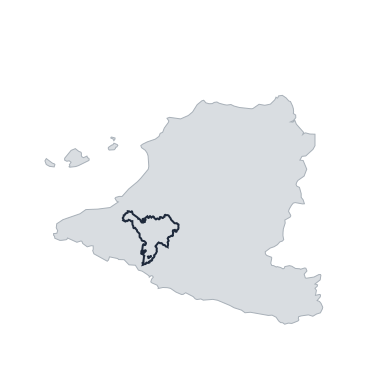 location of Zaragoza within Spain, rotated 191°
{"feature_id": "ESP-5853", "entity_name": "Zaragoza", "entity_type": "Autonomous Community", "adm_level": 1, "iso_a3": "ESP", "parent_name": "Spain", "parent_adm1": "", "projection": "mercator", "projection_center": [-1.121, 41.843], "detail": "fine", "context": "in_parent", "style": "outline", "palette": "slate", "viewbox_px": 384, "rotation_deg": 191, "n_neighbors": 0, "source": "natural_earth", "source_scale": "10m", "svg_char_len": 9225}
<svg xmlns="http://www.w3.org/2000/svg" viewBox="0 0 384 384"><g transform="rotate(191 192 192)"><path d="M206.8,90.8L206.8,91.9L208.6,93.9L213.9,95.1L215.3,95.9L215.0,98.7L213.7,101.1L214.9,102.1L216.2,102.1L217.7,100.2L218.1,101.4L220.5,102.6L225.9,104.8L229.7,105.1L233.6,109.3L239.9,108.5L245.7,112.6L251.1,111.7L252.3,112.5L260.6,112.6L261.0,109.3L262.0,107.9L276.5,112.6L278.3,115.5L278.0,116.9L278.7,120.2L280.6,120.1L284.4,118.2L289.4,120.6L290.7,122.6L291.7,122.7L295.4,120.7L305.4,123.1L305.8,121.6L306.5,121.1L310.7,119.7L312.5,119.3L317.8,120.4L318.5,122.3L319.5,123.0L320.0,124.7L316.8,125.7L316.5,128.5L318.4,130.9L318.7,135.0L313.3,140.3L297.9,149.2L292.8,154.5L281.3,157.2L269.5,161.1L262.4,168.2L264.3,168.7L266.4,171.1L265.7,172.2L262.6,173.8L259.8,174.3L254.7,182.9L247.5,191.7L244.9,195.7L239.3,206.0L239.3,208.9L242.0,219.1L243.6,221.8L245.8,224.0L250.0,225.9L251.1,227.8L249.6,229.5L245.4,232.7L238.1,236.9L235.0,240.3L234.4,243.5L232.2,245.0L231.4,249.5L228.5,255.7L228.3,257.3L230.6,259.6L228.3,261.0L217.1,261.6L210.2,266.4L206.7,270.7L203.6,278.7L199.7,283.4L198.0,284.3L195.4,282.2L192.2,281.9L189.0,282.6L187.3,284.2L184.7,285.1L182.2,284.3L176.7,283.9L174.3,284.0L170.5,285.3L167.2,284.4L161.7,284.0L149.7,285.0L148.2,285.5L142.9,290.9L137.1,291.0L131.8,293.2L128.3,298.3L127.6,301.1L126.6,300.5L125.8,300.7L125.4,302.8L121.8,304.1L117.7,302.4L114.3,299.8L112.6,299.6L109.7,295.6L108.4,293.1L107.6,290.3L107.5,288.4L104.9,287.3L104.3,284.7L106.2,281.4L108.7,279.6L106.3,279.8L104.7,281.9L102.5,278.5L93.8,271.8L94.3,269.5L92.8,271.2L91.8,271.7L87.4,271.4L82.3,272.2L80.1,260.9L81.4,256.9L87.2,249.1L90.8,248.0L92.2,243.9L88.9,244.1L83.7,236.3L85.0,229.0L90.3,223.5L91.1,221.3L91.3,219.3L90.3,217.8L87.4,217.0L84.5,211.2L83.8,207.6L81.4,205.5L79.4,201.9L81.2,201.4L88.7,201.3L90.5,200.4L91.8,198.0L93.2,194.0L93.6,191.5L90.7,188.0L90.5,187.3L90.9,186.1L95.5,182.2L94.6,179.3L95.3,173.1L94.9,169.5L94.4,166.5L92.9,162.7L93.9,161.1L96.2,159.8L98.1,156.6L100.9,154.0L104.5,151.9L108.7,147.3L108.1,145.2L106.6,144.0L101.4,143.1L101.1,142.1L101.1,137.1L99.7,135.1L97.8,135.3L95.0,134.4L94.3,135.0L90.6,134.8L88.0,133.9L86.9,134.7L86.6,136.5L82.3,138.3L79.9,138.2L75.9,136.7L71.4,137.2L70.8,136.8L67.0,138.9L65.7,138.9L64.1,136.4L66.2,132.8L64.4,129.3L63.2,129.2L56.0,131.8L51.8,135.1L50.2,135.5L49.6,134.9L49.4,130.2L53.8,125.1L51.0,124.8L51.1,123.3L52.9,121.0L51.1,119.2L51.1,114.1L47.2,115.8L46.2,115.5L46.1,113.5L48.5,109.3L46.0,108.9L44.1,107.3L41.7,103.9L41.7,102.2L42.9,97.9L46.4,96.0L49.7,93.1L54.3,93.6L61.2,91.2L63.6,89.9L63.5,88.1L62.7,86.8L63.4,85.6L69.0,82.0L72.4,81.7L75.8,79.9L78.1,81.0L80.1,80.7L82.4,82.0L85.5,85.1L89.9,86.4L93.5,85.4L111.7,85.1L116.9,83.6L120.9,85.5L128.6,86.4L133.3,87.9L146.2,90.6L150.9,90.6L160.3,88.0L162.9,88.7L166.6,87.4L168.4,87.7L170.8,89.5L179.0,91.9L181.2,89.8L182.8,89.4L188.7,90.7L194.7,93.3L197.8,93.4L202.4,92.7L206.8,90.8ZM316.4,198.2L318.5,199.2L320.7,198.3L321.9,198.6L323.1,199.0L323.4,200.9L318.6,209.8L314.8,212.3L310.9,210.3L308.7,209.9L308.0,209.1L307.5,206.3L306.5,205.4L305.0,205.0L302.0,207.2L301.1,205.7L299.7,205.4L299.2,204.5L299.2,203.3L308.4,196.3L311.0,194.8L316.7,193.0L317.5,193.3L316.8,194.3L317.6,195.3L316.4,198.2ZM342.3,194.5L341.4,197.0L334.6,193.7L332.4,193.3L331.8,192.8L332.1,190.3L336.7,190.0L340.3,191.2L342.3,194.5ZM278.7,223.2L277.9,225.0L274.5,224.3L273.7,223.6L274.5,221.7L275.4,221.4L275.5,220.0L276.5,218.6L281.3,217.4L282.4,218.4L282.6,219.8L279.7,222.8L278.7,223.2ZM282.0,230.2L281.4,230.6L277.8,230.3L277.7,229.1L278.5,227.5L279.8,229.1L281.9,229.4L282.0,230.2Z" fill="#d9dde1" stroke="#a8b0b8" stroke-width="1"/><path d="M222.7,114.0L223.2,114.0L223.4,113.8L223.5,113.6L223.6,113.2L223.6,112.8L223.7,112.6L223.9,112.4L224.9,112.1L225.2,112.0L225.5,111.8L226.1,111.2L226.5,111.0L226.4,111.9L226.4,112.1L227.0,112.7L227.1,112.9L227.0,113.2L226.7,113.4L226.2,113.5L226.1,113.8L226.5,114.9L226.7,118.5L226.9,119.2L226.9,119.4L226.8,119.6L226.6,120.1L226.6,120.3L227.9,121.1L228.1,121.7L228.1,121.9L228.0,122.3L226.1,125.2L226.1,125.5L226.3,125.7L226.5,125.9L226.8,125.9L227.0,125.7L227.1,125.1L227.3,125.0L227.5,124.9L227.9,124.9L228.2,125.1L228.3,125.1L228.5,125.1L228.7,124.8L229.4,123.0L229.4,122.7L229.2,121.9L229.2,121.7L229.3,121.6L229.8,121.6L230.0,121.8L230.2,122.1L230.2,123.1L230.4,124.1L230.4,124.4L230.3,124.6L230.0,125.2L229.8,125.6L230.1,130.3L230.0,130.7L229.8,131.2L229.6,131.5L229.2,131.6L228.7,131.1L228.6,130.9L228.4,130.9L228.2,130.9L227.9,131.0L227.6,131.5L227.4,132.5L227.4,133.0L227.6,133.4L229.3,134.6L231.8,134.7L232.1,134.9L233.1,136.7L234.3,137.3L234.7,137.6L234.9,138.1L235.4,140.6L235.5,140.9L235.7,141.2L238.1,142.7L238.3,142.9L238.8,144.1L239.0,144.3L239.6,144.6L240.9,145.9L241.1,146.0L241.3,145.9L241.9,145.4L242.2,145.4L242.5,145.5L242.7,145.8L242.9,146.2L243.2,147.4L244.0,148.3L244.3,148.9L245.0,152.0L245.9,151.7L246.3,151.7L246.6,151.9L246.9,152.2L247.0,152.3L248.9,152.6L249.5,151.5L250.2,151.0L250.6,151.3L251.4,151.1L251.9,150.3L254.1,151.0L253.8,151.5L253.8,152.0L254.0,152.1L254.4,152.3L254.7,152.6L254.9,153.0L255.0,153.5L254.4,154.7L254.4,155.4L254.6,156.1L254.3,156.3L254.1,156.4L253.7,156.7L253.5,156.9L253.4,157.1L253.4,157.3L253.4,157.6L253.2,158.1L253.1,158.3L252.9,158.4L252.7,158.5L252.3,158.6L252.2,158.8L252.0,159.1L251.8,159.1L251.6,159.1L251.3,159.3L251.2,159.4L251.2,159.7L251.1,159.9L251.1,160.1L251.2,160.3L251.3,160.5L251.4,160.9L250.3,161.0L249.8,161.0L249.2,160.7L248.2,160.7L248.0,160.8L247.9,160.9L247.8,161.0L247.6,161.4L247.5,161.5L247.1,161.4L246.2,159.4L245.8,159.0L240.6,156.6L239.6,155.4L239.1,155.8L237.6,154.9L237.0,154.2L236.8,153.7L236.7,153.6L236.3,153.6L236.1,153.5L236.1,153.3L235.9,152.8L235.8,152.6L235.6,152.5L234.4,152.6L234.1,152.7L234.1,153.0L234.2,153.4L235.0,154.8L235.3,155.6L235.3,155.8L235.3,156.0L235.1,156.2L234.9,156.3L234.8,156.1L233.2,153.5L233.0,153.4L232.8,153.4L232.6,153.5L232.6,153.8L232.7,155.6L232.3,155.9L233.1,157.3L231.2,159.6L230.2,158.4L229.9,158.2L229.7,158.2L229.4,158.5L229.0,160.0L228.8,160.2L228.5,160.3L228.3,160.2L227.0,159.1L225.8,160.5L225.6,160.6L225.4,160.6L224.6,160.2L224.4,159.9L224.4,159.6L222.5,158.3L222.2,158.2L222.0,158.3L221.7,158.9L220.9,159.4L220.7,159.4L219.6,158.9L219.2,158.9L218.9,159.0L218.7,159.2L218.5,159.8L218.5,160.0L218.6,160.3L218.7,160.6L218.8,160.9L218.7,161.2L218.4,161.4L217.1,161.4L216.4,160.9L216.2,160.8L215.9,160.8L215.7,160.9L215.5,161.1L215.3,161.3L215.1,161.8L215.0,162.0L214.9,162.1L214.4,162.3L214.2,162.5L214.3,162.9L214.5,163.5L214.4,163.8L214.3,164.2L214.1,164.4L213.9,164.5L213.4,164.3L212.7,164.3L212.1,164.6L210.6,164.5L209.8,163.8L209.3,163.2L208.1,162.2L207.8,161.8L207.7,161.6L207.6,161.4L207.5,161.2L207.4,161.0L206.3,160.1L205.5,159.7L204.6,159.0L204.1,158.7L203.8,158.5L203.6,158.3L203.4,158.1L202.8,158.0L201.0,158.5L200.8,158.3L200.4,157.9L200.0,157.7L199.7,157.8L199.3,157.7L199.1,157.6L198.9,157.2L198.9,156.1L198.7,155.0L198.6,154.8L198.4,154.3L198.4,153.3L198.5,152.8L198.7,152.5L198.8,152.4L199.1,152.3L199.4,151.8L199.5,151.2L199.6,150.5L199.6,150.2L199.8,150.0L200.0,149.9L200.7,150.0L201.1,150.1L201.2,150.3L201.3,150.4L201.3,150.6L201.3,150.9L201.3,151.3L201.4,151.5L201.5,151.6L201.9,151.5L202.3,151.2L202.7,151.0L203.1,150.9L203.3,150.8L203.4,150.7L203.3,149.5L203.2,149.2L202.9,148.8L202.8,148.5L202.7,148.0L202.7,146.9L202.6,146.1L202.4,145.8L202.4,145.6L202.5,145.4L202.8,145.1L203.0,145.0L203.7,145.2L203.9,145.1L204.1,145.0L204.6,144.4L205.0,144.1L205.4,143.7L205.7,143.5L205.9,143.5L206.1,143.5L206.3,143.4L206.5,143.1L206.7,142.6L206.8,142.4L206.9,142.1L207.0,141.7L206.7,141.4L206.5,141.2L206.4,140.9L206.2,140.5L205.9,140.0L205.7,139.8L205.6,139.6L205.7,139.3L205.9,138.9L206.1,138.7L206.3,138.2L206.3,137.8L205.8,137.1L205.5,136.1L205.4,134.7L205.6,134.0L205.7,133.9L205.5,133.3L206.1,133.5L206.3,133.5L207.2,133.5L207.4,133.6L207.5,133.7L207.7,133.9L208.0,134.2L208.2,134.4L208.3,134.5L208.8,134.7L209.0,134.7L209.6,134.5L209.8,134.5L210.2,134.6L210.6,134.8L210.8,134.9L210.9,135.1L211.2,135.4L211.3,135.6L211.7,135.8L212.1,136.0L212.5,136.0L212.9,135.9L213.2,135.7L213.5,135.6L214.3,135.9L214.5,135.9L215.1,136.1L215.3,135.8L215.4,135.6L215.7,135.3L215.9,135.0L216.0,134.7L216.4,133.8L216.8,133.1L217.2,132.5L217.4,132.2L217.5,131.7L217.4,131.5L217.2,131.3L216.8,131.3L216.6,131.2L216.4,130.8L216.3,130.6L216.1,130.2L215.8,129.9L215.7,129.7L215.7,129.1L215.6,128.0L215.5,127.8L215.3,127.4L215.2,127.2L215.2,126.7L215.5,125.7L215.6,125.3L215.6,125.0L215.9,124.3L216.3,123.7L217.0,122.9L217.1,122.6L217.0,122.4L216.9,122.3L216.7,122.2L216.6,121.7L216.7,121.4L216.8,120.9L217.3,120.1L217.9,119.6L218.2,119.0L218.3,118.7L218.1,118.0L218.1,117.8L218.1,117.6L218.2,117.4L218.4,117.1L218.5,116.9L218.7,116.7L218.9,116.7L219.3,116.9L219.5,116.8L219.8,116.6L219.9,116.3L220.1,116.1L220.3,115.8L220.8,115.5L221.0,115.3L221.0,115.2L220.7,115.0L220.6,114.9L220.9,114.8L221.0,114.4L221.0,114.2L222.5,113.9L222.7,114.0ZM222.7,120.4L222.9,120.2L222.5,119.6L222.3,119.5L222.3,119.1L222.2,118.9L221.9,118.9L221.6,119.2L221.4,119.7L221.4,119.9L221.7,120.1L222.0,120.2L222.7,120.4ZM220.2,121.3L220.5,121.2L220.9,120.6L220.9,120.2L220.6,120.3L220.3,120.4L220.1,120.6L220.0,121.0L220.2,121.3Z" fill="none" stroke="#1e293b" stroke-width="2"/></g></svg>